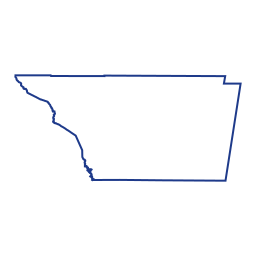 General Taboada, Santiago del Estero, Argentina
{"feature_id": "61730980B28367878314015", "entity_name": "General Taboada", "entity_type": "district", "adm_level": 2, "iso_a3": "ARG", "parent_name": "Argentina", "parent_adm1": "Santiago del Estero", "projection": "orthographic", "projection_center": [-62.691, -28.591], "detail": "fine", "context": "isolated", "style": "outline", "palette": "blue", "viewbox_px": 256, "rotation_deg": 0, "n_neighbors": 0, "source": "geoboundaries", "source_scale": "gbopen_adm2", "svg_char_len": 4669}
<svg xmlns="http://www.w3.org/2000/svg" viewBox="0 0 256 256"><path d="M240.6,83.6L223.9,83.6L225.2,76.1L216.1,76.1L104.4,75.6L104.4,76.1L51.0,76.0L50.7,75.3L15.5,75.3L15.5,75.9L15.4,76.2L15.4,76.9L15.5,77.1L15.7,77.4L16.1,77.8L16.4,78.3L16.5,78.6L16.5,79.4L16.8,79.8L16.8,80.0L17.3,80.6L17.7,80.9L17.8,80.9L17.9,81.1L18.2,81.3L18.3,81.4L18.5,81.7L18.6,81.9L18.8,82.1L19.0,82.1L19.6,82.4L20.6,82.8L20.9,83.1L21.2,83.7L21.2,84.1L21.1,84.5L21.0,84.8L21.0,85.2L21.1,85.3L21.3,85.7L21.6,86.0L22.2,86.4L22.6,86.7L23.0,87.0L23.4,87.2L23.6,87.4L23.5,87.7L23.4,88.0L23.5,88.4L23.5,88.5L23.8,88.8L24.2,88.9L24.8,89.0L25.0,88.9L25.9,88.9L26.0,89.0L26.4,89.8L26.6,90.1L26.8,90.2L26.9,90.6L26.9,90.9L27.0,91.0L27.0,91.5L27.2,92.0L27.3,92.3L27.3,92.5L27.5,92.8L28.6,93.3L28.8,93.4L29.0,93.6L29.4,93.8L29.7,93.9L30.0,94.0L30.5,94.3L30.8,94.5L31.1,94.6L31.5,94.8L31.9,95.0L32.2,95.2L33.0,95.5L33.4,95.8L33.9,96.0L34.4,96.3L34.9,96.5L35.4,96.8L36.0,97.0L36.4,97.3L37.0,97.6L37.6,97.9L38.0,98.1L38.3,98.3L38.7,98.5L39.2,98.8L39.8,99.0L40.3,99.4L40.8,99.5L41.2,99.5L41.5,99.6L42.3,100.0L42.8,100.1L43.4,100.3L44.1,100.5L44.7,100.8L45.5,101.0L47.5,101.7L47.7,102.1L48.0,102.2L48.1,102.6L48.6,102.8L48.7,103.0L48.7,103.3L48.9,103.5L49.0,103.8L49.6,104.4L50.0,104.7L50.2,105.1L50.3,105.6L50.3,105.9L50.8,106.4L50.9,106.8L51.2,107.0L51.3,107.6L51.5,107.8L51.9,108.1L51.8,108.4L52.1,108.6L52.2,108.8L52.3,109.1L52.5,109.3L52.4,109.5L52.4,109.8L52.5,110.0L52.5,110.3L52.8,110.5L52.7,110.9L52.7,111.2L52.8,111.4L53.0,111.3L53.3,111.4L53.5,111.4L53.8,111.4L54.1,111.4L54.3,111.4L54.3,111.5L54.5,111.7L54.6,112.0L54.5,112.4L54.5,112.6L54.6,112.8L54.6,113.0L54.8,113.1L54.9,113.3L54.8,113.5L54.9,113.8L54.7,114.0L54.5,114.4L54.4,114.6L54.2,114.8L53.9,114.7L53.8,114.8L54.0,115.2L54.0,115.3L53.9,115.4L53.9,115.5L54.0,115.7L54.1,115.8L54.1,116.0L53.9,116.1L53.9,116.3L53.7,116.4L53.5,116.8L53.5,117.0L53.3,117.2L53.2,117.5L53.3,117.7L53.4,117.8L53.4,118.0L53.3,118.3L53.3,118.5L53.5,118.8L53.9,118.9L53.9,119.1L53.9,119.5L53.7,119.7L53.8,119.9L53.8,120.0L53.7,120.1L53.7,120.6L53.7,120.8L53.6,121.0L53.4,121.1L53.2,121.2L53.1,121.3L53.1,121.7L53.1,121.8L53.3,121.9L53.4,122.0L53.6,122.3L53.9,122.4L54.0,122.4L54.0,122.6L54.2,122.8L54.3,122.8L54.5,123.1L55.3,123.2L55.7,123.1L55.9,123.2L56.0,123.4L56.2,123.6L56.6,123.6L56.9,123.8L57.2,123.9L57.6,124.1L57.9,124.1L58.1,124.2L58.2,124.3L58.4,124.3L58.6,124.4L58.7,124.5L59.2,124.7L59.3,124.8L59.5,125.0L59.8,125.1L60.1,125.3L60.6,125.7L60.8,125.9L60.9,126.0L61.3,126.3L62.4,126.8L65.0,128.4L66.9,129.8L68.0,130.4L70.1,131.8L70.9,132.4L75.7,135.6L82.2,150.2L82.3,155.8L82.3,156.5L82.4,156.8L82.4,157.1L82.5,157.5L82.8,158.0L83.0,158.2L83.2,158.6L83.2,158.9L83.5,159.2L83.7,159.3L84.5,159.6L84.6,159.9L84.6,160.0L85.0,160.1L85.2,160.3L85.1,160.5L84.9,160.6L85.2,161.0L85.2,161.3L85.0,161.6L84.8,161.7L84.7,162.0L84.6,162.5L84.9,162.9L85.0,163.2L84.9,163.4L85.1,163.6L85.2,163.8L85.1,164.1L84.9,164.3L84.9,164.5L84.9,164.8L84.9,165.0L84.9,165.3L85.0,165.5L85.3,165.6L85.2,165.7L85.0,165.9L84.9,166.0L84.9,166.4L85.1,166.4L85.4,166.2L85.6,166.2L85.7,166.3L86.1,166.4L86.3,166.4L86.7,166.3L86.8,166.5L86.7,166.9L86.7,167.1L86.8,167.1L87.1,167.2L87.2,167.3L87.5,167.3L87.9,167.5L88.0,167.6L88.0,168.0L87.9,168.1L87.3,168.3L87.3,168.6L87.8,168.9L87.8,169.0L88.2,169.2L88.7,169.2L89.2,169.4L89.2,169.6L89.0,169.8L88.8,169.9L88.3,169.9L88.2,170.0L87.9,170.2L87.5,170.2L87.4,170.4L87.6,170.6L88.5,170.5L89.0,170.3L89.6,170.2L89.8,170.2L90.1,170.2L90.3,169.7L90.2,169.5L90.1,169.2L90.3,169.2L90.4,169.3L90.5,169.5L90.8,169.4L91.0,169.3L91.3,169.4L91.5,169.4L91.6,169.5L91.4,169.8L91.1,169.9L91.0,170.0L90.8,170.1L90.7,170.2L90.6,170.3L90.6,170.5L90.4,170.6L90.5,170.7L90.5,170.9L90.3,170.9L89.9,170.9L89.6,170.9L89.3,170.8L89.0,170.9L88.8,171.0L88.6,171.4L88.7,171.6L88.8,171.9L89.0,172.0L89.2,172.3L89.5,172.4L89.8,172.3L90.0,172.3L90.2,172.5L90.0,172.9L90.0,173.0L90.3,173.1L90.5,173.1L90.9,173.3L91.1,173.5L91.3,173.8L91.3,174.0L91.4,174.3L91.3,174.5L91.2,174.7L91.3,174.8L91.6,174.8L91.6,175.2L91.6,175.3L91.5,175.6L91.7,175.8L91.7,176.0L91.5,176.4L91.5,176.5L91.4,176.5L91.3,176.4L91.2,176.3L91.2,176.2L90.9,176.0L90.7,176.0L90.4,176.2L90.2,176.4L90.3,176.5L90.5,176.5L90.8,176.7L91.1,176.9L91.6,177.0L91.7,176.9L91.7,176.7L91.9,176.5L92.1,176.6L92.2,176.9L92.2,177.0L92.1,177.3L91.8,177.4L91.6,177.5L91.8,177.8L92.0,177.9L92.3,178.1L92.3,178.3L92.1,178.4L92.2,178.6L92.3,178.7L92.5,178.9L92.4,179.1L92.4,179.3L92.2,179.6L92.3,179.7L92.4,179.8L92.5,179.6L92.8,179.6L93.1,179.6L93.3,179.3L93.5,179.1L93.8,179.2L94.0,179.4L94.1,179.6L94.2,179.8L93.9,180.0L120.0,179.9L162.3,180.3L225.5,180.7L240.6,83.6Z" fill="none" stroke="#1e3a8a" stroke-width="2"/></svg>